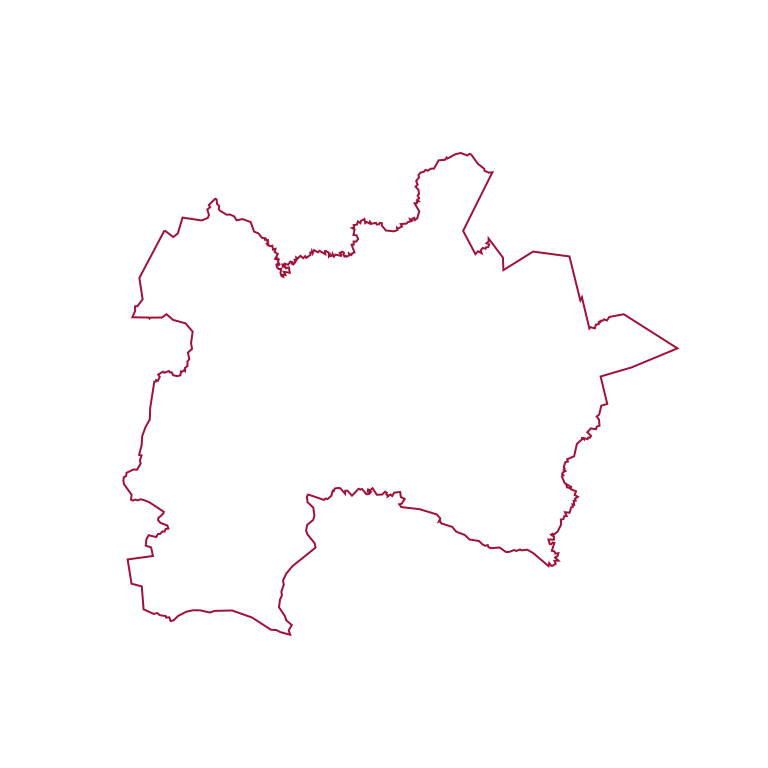 the district of Hastings District, Hawke's Bay, New Zealand, rotated 76°
{"feature_id": "76426892B40769329119322", "entity_name": "Hastings District", "entity_type": "district", "adm_level": 2, "iso_a3": "NZL", "parent_name": "New Zealand", "parent_adm1": "Hawke's Bay", "projection": "robinson", "projection_center": [176.628, -39.374], "detail": "fine", "context": "isolated", "style": "outline", "palette": "rose", "viewbox_px": 768, "rotation_deg": 76, "n_neighbors": 0, "source": "geoboundaries", "source_scale": "gbopen_adm2", "svg_char_len": 6164}
<svg xmlns="http://www.w3.org/2000/svg" viewBox="0 0 768 768"><g transform="rotate(76 384 384)"><path d="M178.4,253.7L178.3,258.8L180.6,267.9L179.4,268.4L181.2,270.6L180.2,276.9L187.1,283.4L186.4,286.4L187.6,290.1L186.3,291.9L187.7,293.9L187.7,297.5L189.6,300.0L191.9,300.0L194.9,303.7L198.6,303.1L200.2,305.6L203.9,303.6L208.0,304.0L209.1,305.7L212.3,305.0L213.5,307.4L215.2,306.0L215.2,308.0L216.5,308.4L216.1,310.6L225.1,308.0L231.2,311.6L232.4,314.3L230.1,314.5L230.4,316.4L232.1,316.8L230.4,318.9L232.7,318.6L232.6,321.5L233.8,323.3L232.9,329.1L235.6,328.4L236.5,332.8L235.6,333.5L237.9,333.8L238.3,337.4L235.5,345.0L229.7,347.8L227.4,347.2L226.7,349.1L227.8,350.2L227.5,352.5L225.6,352.9L225.6,357.2L223.3,358.3L225.0,358.9L222.6,361.6L223.4,363.3L219.2,363.1L220.3,367.1L222.2,368.0L220.0,370.0L222.8,371.7L222.4,374.9L224.8,375.1L224.9,377.2L226.9,375.1L232.0,377.6L233.1,374.7L237.1,374.0L239.1,376.6L238.4,379.0L241.4,379.6L241.0,381.7L249.2,380.8L249.6,383.3L250.9,384.4L248.8,386.4L250.8,386.6L251.4,389.6L250.2,390.3L250.7,391.5L248.7,392.1L247.0,391.1L245.5,392.5L246.1,395.2L248.1,394.1L249.3,394.8L246.7,399.7L248.3,401.8L245.2,402.4L247.0,403.4L246.9,405.1L245.4,405.1L246.6,406.5L243.3,405.8L240.9,408.2L240.8,409.1L243.9,409.6L239.1,414.4L240.3,416.2L237.2,419.5L240.1,421.7L237.9,421.9L239.0,422.4L238.7,423.8L240.9,424.1L242.8,428.8L240.9,429.5L242.4,431.9L239.4,434.2L241.6,437.6L240.1,438.6L242.8,439.2L242.0,440.7L244.4,440.6L246.1,443.2L244.8,444.4L243.7,443.3L242.5,445.2L245.1,448.2L243.2,451.3L244.5,451.6L243.5,453.6L245.8,453.8L246.3,451.3L248.0,451.4L247.9,448.1L253.3,448.5L250.9,454.1L254.4,453.3L253.6,455.9L255.6,455.8L254.5,457.3L251.3,457.6L247.3,455.9L247.1,458.4L244.7,459.7L242.0,459.5L241.8,458.4L243.3,457.6L242.6,456.4L239.6,457.4L237.6,455.9L235.9,457.4L237.0,458.0L236.3,459.4L232.2,455.6L229.4,458.2L226.6,456.6L226.7,459.2L222.8,458.9L223.0,460.4L221.3,463.2L220.3,462.4L219.5,463.8L218.0,461.9L216.2,461.8L216.3,463.3L214.4,463.6L214.9,464.7L213.4,464.8L212.7,467.0L207.6,469.3L204.7,473.2L194.6,474.2L189.8,481.3L189.5,487.4L185.1,488.8L182.2,492.7L181.7,495.7L176.2,501.2L174.3,502.0L171.5,500.8L168.9,502.4L164.3,501.8L163.4,503.0L168.0,510.7L170.3,509.9L172.0,513.3L177.6,512.9L180.2,514.7L181.2,521.3L173.8,539.2L188.1,547.7L190.4,553.0L182.7,559.1L182.5,560.4L221.9,595.7L243.4,597.7L248.9,604.5L248.5,606.8L252.9,607.8L258.4,612.0L262.6,596.2L263.8,595.8L263.1,594.6L265.8,583.3L263.7,578.2L270.8,573.1L277.2,561.8L286.9,557.0L297.6,561.3L303.5,561.8L306.1,566.7L312.7,566.8L314.6,569.3L319.0,570.3L320.2,573.1L323.4,573.9L322.3,574.9L323.4,577.2L322.7,578.0L326.3,579.4L326.4,582.6L324.5,586.4L321.2,587.3L321.1,588.8L319.4,589.6L319.9,594.4L318.6,595.5L320.2,600.8L322.9,599.9L326.2,602.6L325.0,604.1L326.4,604.9L326.2,606.3L350.8,616.7L361.9,619.9L367.8,625.6L376.2,631.3L384.7,633.9L393.5,638.8L394.7,636.5L399.3,639.5L402.2,639.3L407.5,644.4L406.3,647.6L407.9,655.3L410.9,656.5L411.5,659.0L414.6,660.2L418.1,660.6L430.3,655.7L435.1,657.5L436.3,656.0L436.0,653.2L437.3,651.3L437.0,648.3L437.9,646.0L442.1,640.2L454.7,628.6L456.3,629.4L459.5,635.4L461.4,636.2L464.7,634.5L468.9,628.4L472.2,628.2L471.8,630.9L474.1,632.6L473.4,634.7L475.3,637.4L474.9,639.6L477.4,642.0L473.8,649.0L477.2,652.1L483.2,654.3L486.2,649.5L495.0,649.8L492.2,675.2L516.7,677.3L521.8,668.0L544.5,671.8L551.4,663.0L551.4,659.4L554.1,657.4L556.4,651.9L557.9,652.0L558.4,648.8L562.4,648.4L562.4,645.2L559.3,640.0L557.1,630.9L557.4,623.6L559.2,617.0L563.6,608.3L563.2,603.2L567.0,586.2L578.6,568.6L595.1,553.1L596.8,547.8L599.7,544.6L604.6,535.7L599.9,536.0L595.6,531.8L589.5,536.1L585.1,536.3L575.3,539.9L567.9,537.0L564.4,534.1L560.9,533.9L554.3,529.7L550.3,529.6L544.5,524.9L538.7,517.1L526.2,490.0L521.8,489.8L511.7,494.5L507.5,495.1L502.0,492.5L498.7,485.5L495.0,483.4L486.9,482.5L480.1,486.8L474.5,486.0L472.9,484.3L482.0,470.2L481.0,468.5L482.0,466.5L479.6,462.0L475.2,459.6L475.8,458.7L473.5,457.1L473.8,453.6L474.6,451.6L481.1,448.3L478.2,447.4L478.6,445.3L484.6,442.1L479.5,434.0L480.7,432.5L480.5,430.7L486.7,427.8L487.1,425.0L485.7,422.9L484.6,425.9L482.5,425.0L483.7,423.0L482.3,420.3L489.7,417.8L490.8,412.7L488.8,409.0L490.1,407.6L491.7,408.5L492.9,407.1L494.0,407.6L492.8,404.3L494.7,403.2L491.9,400.4L492.7,394.4L497.8,395.0L500.5,391.7L504.4,395.8L504.4,398.3L507.6,397.0L514.1,379.7L523.4,364.2L528.1,361.9L530.9,364.2L530.8,362.6L533.1,362.2L539.1,352.4L544.7,349.7L550.1,342.1L555.6,338.6L559.3,329.8L563.4,327.3L565.5,325.0L565.4,322.3L567.6,322.1L569.2,319.8L570.6,311.4L576.5,306.3L577.2,303.6L576.6,297.7L578.0,296.2L577.5,292.1L578.7,290.7L579.5,285.0L584.2,280.1L600.5,268.4L597.7,267.0L600.8,265.8L601.2,264.5L599.9,260.9L596.8,261.4L597.6,257.5L593.7,260.0L593.0,257.3L590.4,255.7L590.0,258.8L587.6,259.2L586.4,261.5L579.4,257.1L578.6,258.6L580.0,260.7L579.3,261.9L574.7,262.1L576.1,256.7L573.1,256.1L570.6,258.4L570.0,256.8L571.1,255.5L569.2,251.2L563.3,246.2L558.3,245.2L558.5,242.6L555.9,241.2L556.3,238.7L552.2,239.4L553.8,235.1L549.0,232.2L548.9,230.5L546.4,230.2L547.2,228.7L543.3,228.3L543.5,226.2L541.5,226.5L540.4,223.2L537.7,225.9L534.6,223.6L531.2,228.3L529.0,227.3L528.6,228.3L529.7,229.2L528.5,231.5L526.6,231.4L526.8,229.8L523.8,232.7L516.6,233.8L516.0,232.0L514.3,232.9L513.1,231.9L512.3,229.0L510.7,230.5L509.6,229.1L508.0,229.7L503.6,226.8L503.8,224.4L501.4,224.5L500.1,217.0L488.7,211.3L485.8,205.6L484.5,205.0L486.1,203.4L484.8,203.2L486.8,199.9L485.3,198.7L485.9,196.9L484.2,195.7L480.0,198.4L477.1,194.0L479.2,189.3L476.8,187.8L476.6,185.0L470.6,184.0L467.0,185.5L465.7,182.6L457.6,178.4L457.3,172.2L429.1,172.0L427.8,139.8L420.4,90.7L374.3,134.5L373.5,149.2L376.3,152.4L374.5,154.9L375.5,156.6L375.0,158.7L376.4,159.2L375.9,160.6L377.9,161.2L377.7,164.1L381.0,166.0L378.8,170.0L379.8,171.3L347.7,171.0L350.4,173.3L305.1,173.2L291.6,207.3L302.4,240.6L290.1,238.0L268.2,247.3L271.1,248.0L272.2,250.5L274.0,248.1L276.3,249.7L276.2,252.0L277.3,252.7L275.9,255.2L277.6,257.8L280.8,257.6L278.0,260.6L280.1,263.9L254.6,270.2L204.8,227.6L204.2,231.3L201.4,234.9L199.4,234.7L193.1,239.6L182.4,243.9L181.4,245.5L182.4,247.8L178.4,253.7Z" fill="none" stroke="#9f1239" stroke-width="2"/></g></svg>